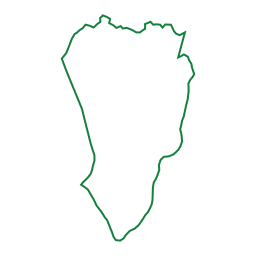 outline of Conchal, São Paulo, Brazil
{"feature_id": "56859067B87062650378745", "entity_name": "Conchal", "entity_type": "district", "adm_level": 2, "iso_a3": "BRA", "parent_name": "Brazil", "parent_adm1": "São Paulo", "projection": "robinson", "projection_center": [-47.137, -22.383], "detail": "fine", "context": "isolated", "style": "outline", "palette": "green", "viewbox_px": 256, "rotation_deg": 0, "n_neighbors": 0, "source": "geoboundaries", "source_scale": "gbopen_adm2", "svg_char_len": 1506}
<svg xmlns="http://www.w3.org/2000/svg" viewBox="0 0 256 256"><path d="M81.1,184.8L84.1,186.7L87.9,189.6L91.6,195.9L93.8,199.7L96.6,205.6L101.1,211.4L103.1,214.5L104.8,217.3L107.2,220.3L108.6,223.8L109.9,227.1L112.0,232.2L113.6,236.9L115.8,240.1L120.2,240.6L123.6,238.3L126.0,234.8L129.8,230.9L134.7,228.6L138.6,225.2L142.8,219.2L145.3,215.1L147.8,212.3L149.8,208.6L151.7,204.3L152.4,200.8L152.6,197.5L152.9,187.2L153.8,182.4L155.8,179.2L157.4,175.4L159.3,169.9L158.9,165.0L160.7,159.8L163.8,156.8L168.7,156.4L173.6,154.3L176.0,152.1L178.3,149.8L180.3,146.6L182.1,141.4L181.5,134.7L180.2,129.3L181.3,124.8L182.1,120.6L183.8,116.4L184.9,111.1L186.3,104.6L187.7,99.3L188.1,95.5L188.6,92.0L188.6,88.1L188.4,83.4L190.4,79.6L192.5,77.1L194.2,74.1L193.1,71.0L192.0,67.4L191.4,63.9L189.2,60.4L187.8,56.7L183.8,54.4L181.0,56.2L178.2,57.4L184.9,32.4L179.7,35.2L176.0,33.6L174.0,31.2L170.9,24.7L165.3,24.5L162.5,27.6L160.2,24.7L156.3,24.3L153.2,24.7L150.5,21.8L145.1,24.1L145.1,28.8L142.6,30.4L140.0,32.4L136.3,32.4L132.0,29.9L126.7,27.8L122.8,28.5L120.6,26.1L116.4,27.9L113.2,25.2L109.2,23.1L110.1,18.9L106.9,17.0L102.9,15.4L100.1,18.1L100.4,21.8L97.6,23.8L93.6,27.5L89.6,25.7L85.5,24.7L82.7,28.2L79.3,30.4L77.0,32.6L74.5,34.2L72.0,38.5L70.5,42.3L68.8,46.9L66.2,53.2L61.8,58.6L66.3,70.7L68.2,75.4L76.0,94.4L77.8,98.7L79.0,101.6L82.1,109.3L84.6,119.6L90.7,143.6L92.4,149.0L94.4,155.1L94.5,160.5L93.0,165.6L92.2,169.5L90.7,173.9L87.4,178.1L83.5,181.8L81.1,184.8Z" fill="none" stroke="#15803d" stroke-width="2"/></svg>